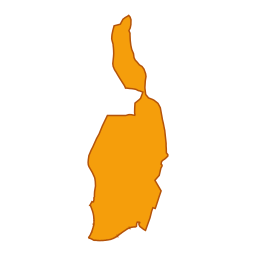 Pulang Pisau, Kalimantan Tengah, Indonesia
{"feature_id": "22746128B75083695068268", "entity_name": "Pulang Pisau", "entity_type": "district", "adm_level": 2, "iso_a3": "IDN", "parent_name": "Indonesia", "parent_adm1": "Kalimantan Tengah", "projection": "robinson", "projection_center": [113.906, -2.505], "detail": "fine", "context": "isolated", "style": "filled", "palette": "amber", "viewbox_px": 256, "rotation_deg": 0, "n_neighbors": 0, "source": "geoboundaries", "source_scale": "gbopen_adm2", "svg_char_len": 4816}
<svg xmlns="http://www.w3.org/2000/svg" viewBox="0 0 256 256"><path d="M114.1,25.8L112.9,30.3L112.0,34.6L111.8,36.8L111.8,37.5L111.7,38.6L112.0,40.3L113.1,44.3L113.2,45.8L113.4,47.6L113.6,50.3L113.7,53.7L113.5,56.7L112.8,63.7L113.2,66.5L113.7,67.6L114.4,69.4L114.7,69.9L115.2,70.8L116.1,72.1L117.6,74.7L119.4,77.7L124.4,85.6L125.2,87.3L125.5,88.1L126.7,88.1L129.7,88.5L132.2,88.7L134.1,89.0L135.5,89.3L136.0,89.4L138.3,90.6L139.8,90.9L141.2,91.5L142.9,92.1L142.3,93.7L140.6,98.3L139.2,99.7L135.0,103.1L134.7,108.0L134.6,112.7L134.9,114.6L134.7,115.3L132.7,115.0L131.5,114.7L129.3,114.6L128.5,114.7L125.8,115.5L107.4,115.5L102.3,126.1L99.1,134.0L96.6,138.5L92.8,147.0L91.1,150.3L88.9,155.6L88.3,159.8L88.1,162.4L88.3,164.8L89.0,166.7L92.4,172.6L94.6,177.5L94.9,178.7L95.3,181.6L95.5,186.0L94.6,191.6L94.4,195.2L94.5,196.5L93.9,197.8L94.0,199.5L93.6,201.3L93.4,201.6L93.4,201.8L92.8,202.0L92.0,201.6L89.9,205.3L90.2,205.3L90.9,206.5L91.0,207.0L91.5,208.2L92.4,210.7L93.0,212.7L93.3,214.1L93.7,216.2L93.7,216.5L93.7,217.0L93.9,218.2L93.8,218.4L93.9,218.8L93.9,219.1L94.0,220.2L93.9,220.5L94.1,220.6L94.0,220.9L93.9,222.9L93.9,223.1L94.0,223.3L93.8,223.7L93.8,224.5L93.7,224.5L93.8,224.6L93.7,224.8L93.6,225.7L93.5,225.8L93.5,226.0L93.4,226.4L93.3,226.5L93.3,226.8L93.2,227.2L93.0,227.9L92.8,228.3L92.5,229.5L92.5,229.8L92.2,230.2L92.1,230.5L92.0,231.1L91.8,231.5L91.7,231.9L91.8,232.1L91.4,232.5L90.3,235.0L89.3,236.6L88.7,237.3L88.7,237.5L88.8,237.7L88.9,237.8L89.0,237.8L89.1,238.0L89.2,237.9L89.3,238.0L89.5,238.1L89.8,238.2L89.9,238.3L90.0,238.3L92.6,239.5L92.8,239.6L93.1,239.9L93.4,240.1L93.8,240.2L95.0,240.2L95.0,240.3L95.5,240.3L95.8,240.3L96.1,240.3L97.6,240.5L98.7,240.5L98.9,240.6L100.3,240.6L101.2,240.5L103.1,240.5L104.5,240.3L106.1,240.2L106.4,240.1L106.7,239.9L106.8,239.9L107.0,240.0L107.1,239.9L108.0,239.9L108.6,239.8L109.4,239.6L109.6,239.6L109.8,239.6L111.0,239.3L111.4,239.1L112.2,238.8L112.5,238.7L113.4,238.4L113.5,238.3L113.5,238.2L114.7,237.8L114.9,237.5L115.1,237.5L115.2,237.4L115.3,237.3L115.4,237.2L115.5,237.1L115.8,237.0L116.0,237.0L116.1,236.8L116.3,236.8L116.4,236.7L116.5,236.7L116.8,236.5L116.8,236.4L116.9,236.2L117.0,236.2L117.1,236.3L117.2,236.2L117.4,236.1L117.4,235.9L117.5,236.0L117.5,235.9L117.6,236.0L117.6,235.9L117.7,235.7L117.8,235.6L117.7,235.6L118.0,235.6L118.2,235.4L118.3,235.3L118.5,235.2L118.8,234.9L119.0,234.8L119.0,234.6L119.4,234.5L119.4,234.3L119.6,234.3L119.7,234.2L119.8,234.1L120.0,234.0L120.1,233.9L120.3,233.8L120.5,233.7L120.8,233.5L120.8,233.4L121.1,233.2L121.3,233.1L121.5,232.9L121.7,232.7L121.9,232.6L122.2,232.4L122.3,232.3L122.7,232.1L122.8,232.0L123.1,231.7L123.4,231.5L123.8,231.3L123.9,231.2L124.7,230.7L125.0,230.5L125.1,230.4L125.3,230.2L125.5,230.2L126.0,229.8L126.4,229.5L126.7,229.2L126.9,229.2L127.1,229.1L127.3,229.0L127.4,228.8L127.5,228.8L127.7,228.7L127.9,228.5L128.1,228.5L128.2,228.4L128.5,228.3L128.6,228.2L128.8,228.2L129.0,228.1L129.4,227.9L129.4,228.0L129.5,228.0L129.5,227.9L129.6,228.0L129.6,227.9L130.1,227.7L130.4,227.7L130.7,227.5L131.2,227.3L131.7,227.3L131.8,227.2L132.3,227.2L132.6,227.1L132.9,227.1L133.2,227.0L133.8,227.0L134.2,226.8L134.3,226.9L134.6,226.9L134.9,227.0L135.4,226.9L135.9,226.7L136.0,226.6L136.4,226.3L136.5,226.1L136.4,225.6L136.5,225.5L136.5,225.3L136.5,225.2L136.6,224.9L136.6,224.7L136.6,223.9L136.7,223.6L136.7,223.4L137.1,222.7L137.3,222.1L139.2,222.2L139.6,222.3L139.8,222.8L139.5,223.1L139.2,223.3L138.9,223.5L138.9,224.1L139.0,224.4L139.0,224.7L139.1,224.8L139.2,225.0L139.4,225.5L139.7,226.2L139.9,226.3L140.1,226.7L140.5,226.9L140.9,227.3L141.6,227.7L141.7,227.8L141.8,228.0L142.0,228.1L143.0,228.9L143.2,229.0L143.3,229.1L143.8,229.5L144.3,229.7L144.5,229.9L145.3,230.2L145.3,230.3L145.5,230.4L150.0,217.8L151.7,211.0L152.9,207.7L155.2,208.5L155.8,206.9L157.0,203.2L158.6,198.3L158.6,198.2L161.1,190.9L154.9,180.3L159.2,175.4L160.9,168.1L161.0,168.0L161.2,167.6L161.3,167.4L161.9,166.4L162.1,165.4L161.9,164.8L161.1,164.2L161.3,163.0L161.4,162.7L161.4,162.2L161.5,161.6L162.9,160.2L165.0,158.8L165.9,158.0L167.8,156.1L167.9,154.8L167.0,153.6L166.6,153.2L166.4,152.9L166.4,152.6L166.3,150.0L166.3,148.9L166.2,147.5L166.2,147.1L166.1,146.2L166.1,143.4L164.7,130.1L164.5,129.4L163.9,126.4L163.4,123.7L162.4,119.5L162.0,117.1L160.3,107.7L158.7,104.7L157.9,103.3L154.1,100.3L152.6,99.5L148.5,97.9L146.9,95.9L145.7,94.5L145.0,89.0L144.9,87.8L144.9,87.3L145.3,80.8L145.9,77.1L146.0,76.6L145.6,73.7L143.9,69.0L142.0,66.5L139.4,64.9L137.0,62.0L135.2,60.1L134.0,57.6L133.5,53.7L131.7,49.4L130.8,45.2L130.3,40.9L130.2,39.8L130.0,35.2L130.0,33.2L129.0,30.9L128.9,30.7L129.0,30.5L129.3,29.8L130.2,28.0L130.9,24.6L130.9,23.9L131.0,19.8L130.1,17.1L128.7,15.4L127.6,16.2L125.1,17.6L124.5,18.1L123.0,19.2L121.3,22.3L121.0,22.9L120.3,24.2L114.1,25.8Z" fill="#f59e0b" stroke="#b45309" stroke-width="1.5"/></svg>